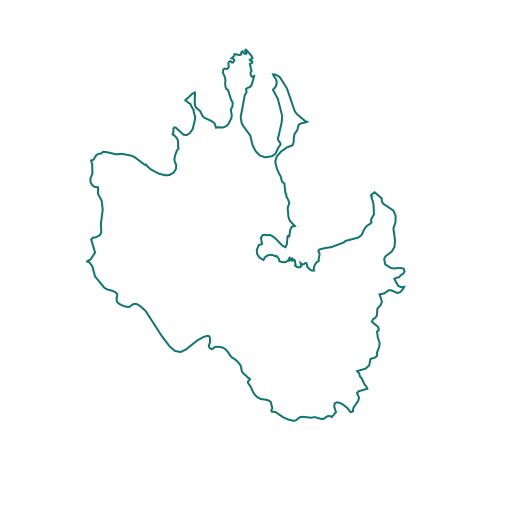 Kentriki Makedonia, Robinson projection, rotated 229°
{"feature_id": "GRC-2991", "entity_name": "Kentriki Makedonia", "entity_type": "Region", "adm_level": 1, "iso_a3": "GRC", "parent_name": "Greece", "parent_adm1": "", "projection": "robinson", "projection_center": [23.042, 40.656], "detail": "fine", "context": "isolated", "style": "outline", "palette": "teal", "viewbox_px": 512, "rotation_deg": 229, "n_neighbors": 0, "source": "natural_earth", "source_scale": "10m", "svg_char_len": 6111}
<svg xmlns="http://www.w3.org/2000/svg" viewBox="0 0 512 512"><g transform="rotate(229 256 256)"><path d="M244.1,131.5L257.6,132.4L287.0,136.6L293.3,135.9L296.6,135.0L298.2,134.2L299.6,132.9L300.3,131.1L300.6,127.8L301.1,126.4L303.2,124.5L306.5,122.6L310.0,121.2L312.7,121.1L315.4,122.8L316.8,124.9L318.4,126.3L321.5,126.0L324.2,124.6L328.7,121.6L331.5,120.7L346.1,121.1L355.9,125.8L360.9,126.0L362.7,124.9L362.8,125.2L361.9,129.0L364.2,136.8L376.7,142.5L376.8,145.0L375.2,147.2L374.2,152.0L375.3,154.7L382.4,160.4L391.3,170.5L399.0,175.8L406.8,177.6L411.4,181.9L414.2,179.4L417.0,178.9L419.7,179.3L422.6,181.3L425.8,186.9L432.8,192.6L436.3,194.2L435.3,196.5L436.9,201.8L436.4,204.2L434.9,206.5L434.9,209.0L432.8,211.1L424.4,217.2L421.3,221.6L413.5,227.8L410.4,229.2L397.7,231.9L397.2,233.0L395.4,232.8L390.5,233.4L382.3,236.5L379.0,238.6L375.8,241.1L373.8,244.1L373.0,248.8L374.3,252.8L377.0,255.5L380.4,256.5L382.6,257.9L385.1,261.1L387.3,265.1L388.2,268.4L389.1,268.6L394.3,272.8L396.2,273.4L398.6,273.6L400.9,273.4L402.5,272.8L403.5,274.7L406.4,277.3L406.5,279.0L405.3,279.7L395.0,280.9L392.7,283.1L392.2,286.6L393.3,291.4L399.5,300.1L401.0,301.4L405.8,303.6L406.6,304.5L412.3,305.7L413.9,306.3L415.6,305.6L419.6,305.0L419.8,304.8L420.1,305.3L420.0,309.9L420.2,312.9L420.0,315.4L419.6,317.1L418.4,316.4L412.9,311.1L409.8,308.9L407.7,308.1L402.1,308.9L396.6,307.5L394.4,307.6L386.7,311.1L383.4,311.8L379.0,310.0L378.6,311.0L377.6,312.6L377.0,312.5L374.4,315.9L373.5,319.0L373.8,322.0L376.2,327.8L377.0,328.8L378.1,330.0L383.1,333.1L384.2,336.1L386.3,338.4L388.4,339.6L389.4,339.3L399.6,343.8L401.5,343.2L404.0,344.1L406.5,345.9L408.4,348.0L410.6,349.5L416.5,351.5L418.2,353.7L418.0,355.2L416.1,357.0L416.1,358.7L417.0,359.8L419.7,361.6L420.2,363.0L419.8,364.6L418.7,364.8L417.7,364.8L417.2,365.5L417.6,367.6L418.5,368.4L419.9,368.2L421.3,367.3L421.3,369.2L421.4,370.4L421.7,371.4L422.4,372.3L418.4,375.5L417.8,377.1L419.4,378.6L419.4,379.9L416.5,380.0L415.1,381.1L415.5,382.2L418.3,382.4L418.3,383.8L410.6,384.0L407.6,383.2L408.0,381.1L408.0,379.9L406.9,379.9L405.8,380.8L404.7,380.5L404.3,379.3L405.0,377.4L399.7,374.5L398.7,374.2L398.0,372.2L396.3,370.9L394.3,370.4L393.2,371.3L393.1,372.1L393.6,373.6L388.1,365.1L387.4,363.0L388.3,360.0L388.6,358.2L387.9,357.4L386.3,356.8L385.4,355.3L384.9,353.6L384.2,352.3L370.9,335.6L365.8,332.4L363.0,331.7L350.6,330.7L342.2,326.2L335.4,324.5L329.4,324.8L324.4,327.7L320.7,333.8L320.4,337.4L321.5,340.4L323.0,343.4L323.8,346.8L324.3,347.9L325.4,348.4L328.4,348.7L329.8,349.1L330.7,350.0L332.1,352.3L340.1,363.1L344.5,367.6L360.1,375.5L370.2,377.8L370.6,378.9L370.6,380.5L371.1,382.4L372.5,384.6L374.3,386.2L376.6,387.1L379.8,387.4L381.9,388.0L380.7,389.3L377.9,390.6L375.2,391.3L362.2,389.3L340.4,380.4L336.7,379.9L325.6,381.6L323.9,382.4L324.7,380.4L326.6,376.9L327.0,374.8L326.5,373.3L324.3,370.4L323.8,369.3L322.7,364.9L320.0,361.7L317.2,359.1L315.6,356.3L317.7,350.4L318.4,343.4L317.5,337.0L314.6,332.4L308.5,329.2L305.3,328.1L299.7,326.8L297.1,325.4L294.7,324.4L292.1,325.0L284.4,319.6L282.8,319.4L281.3,318.1L277.8,317.3L274.2,316.0L271.5,311.4L264.5,306.3L261.6,305.0L259.1,304.6L253.2,305.0L254.6,302.2L253.4,299.2L249.0,293.9L249.5,293.7L249.9,293.7L250.1,293.5L250.1,292.7L244.6,286.9L243.3,284.0L246.5,282.7L256.1,282.2L261.2,281.2L263.4,279.6L264.4,278.0L266.2,276.6L267.4,274.8L266.4,271.5L262.8,269.4L261.9,269.0L261.2,268.5L261.5,267.2L262.4,265.2L260.0,260.5L256.5,258.1L252.5,257.6L248.1,259.0L249.2,262.4L248.8,265.2L247.6,267.4L246.1,269.0L243.7,270.2L242.3,271.1L242.4,271.5L239.4,271.5L238.1,271.1L236.8,270.2L233.9,272.0L232.0,274.3L231.5,277.0L232.6,280.2L231.7,280.2L230.6,279.0L230.6,281.6L229.7,281.6L229.7,280.2L228.6,280.2L227.9,282.4L226.7,282.2L225.2,281.1L223.5,280.2L223.4,279.3L221.2,279.5L218.8,281.3L218.6,283.5L221.4,285.0L220.0,285.2L219.1,285.6L218.5,286.6L218.4,288.3L217.7,289.3L216.4,289.0L214.2,287.6L210.6,287.8L208.7,288.4L207.0,290.1L209.2,291.9L210.7,294.5L211.5,297.4L211.1,300.1L212.9,301.6L214.4,303.7L216.1,305.5L218.9,306.3L219.3,308.2L217.2,312.4L213.2,318.8L208.6,331.3L208.7,333.4L202.9,345.0L202.5,349.1L203.7,352.1L205.2,355.2L206.0,359.3L205.4,363.5L205.7,365.4L207.5,366.2L208.2,367.1L210.0,372.3L217.8,378.5L219.2,379.2L220.0,379.9L223.6,381.1L224.4,381.7L224.7,382.4L226.1,382.3L226.5,383.1L226.3,386.4L226.4,387.2L224.9,387.5L217.0,388.7L214.7,386.8L212.1,386.3L200.1,389.5L194.5,387.6L189.9,383.3L186.7,377.8L176.6,371.2L172.0,366.5L170.3,361.3L170.8,353.4L169.6,350.7L164.8,348.0L158.4,350.0L155.9,352.1L152.8,356.6L149.7,359.1L147.1,358.2L146.0,355.5L146.6,352.6L146.0,350.1L147.5,347.8L147.9,345.4L140.1,343.7L137.1,345.2L135.6,347.5L134.5,344.8L134.1,341.3L135.2,338.4L141.1,335.8L143.1,333.7L143.6,328.3L146.0,324.1L139.0,321.1L137.3,318.3L136.7,313.2L131.7,308.0L131.1,305.4L131.5,303.0L130.4,300.3L122.1,301.6L119.6,300.2L119.5,297.7L114.7,294.5L109.2,292.2L106.9,289.8L103.7,283.9L101.3,282.0L101.2,279.5L103.2,274.8L99.2,269.7L99.1,264.7L102.8,256.8L99.5,256.8L97.0,255.4L94.3,255.5L88.1,253.6L85.4,253.7L82.8,252.9L86.5,244.9L86.4,242.4L81.3,240.7L79.6,237.9L77.4,229.6L75.1,227.3L76.1,224.9L81.5,225.2L87.1,224.1L90.0,223.0L92.6,220.9L93.1,218.5L90.8,216.1L85.7,213.9L84.8,207.5L86.0,207.3L87.9,205.5L88.5,203.4L88.5,201.5L88.8,200.0L90.3,198.3L95.9,194.6L98.0,191.2L103.3,186.5L105.4,183.7L105.6,182.3L105.8,178.7L106.4,176.9L107.6,175.7L111.4,173.1L116.0,170.8L125.5,168.3L126.2,167.8L127.7,166.2L128.3,165.8L129.4,166.2L129.9,167.1L130.1,168.0L130.5,168.5L135.4,171.0L136.5,171.4L139.6,170.3L145.0,165.8L148.4,164.4L151.8,164.1L154.7,164.4L160.3,166.1L164.8,166.6L166.2,167.0L166.6,167.7L166.8,170.1L167.1,170.7L168.0,170.8L169.3,170.1L172.1,170.0L175.8,169.4L177.7,169.5L179.1,170.1L182.2,172.0L183.9,172.6L188.3,172.8L190.7,172.5L192.8,172.0L195.6,171.2L198.0,171.2L202.8,171.9L206.1,171.7L208.9,170.7L211.5,168.7L214.1,165.7L214.4,164.2L214.3,162.6L214.8,161.3L217.0,160.7L218.8,161.1L219.6,162.1L220.3,163.5L221.4,165.0L224.1,167.2L226.0,168.1L227.6,167.0L229.3,163.3L230.8,156.3L231.4,141.9L233.0,136.1L237.4,132.6L244.1,131.5Z" fill="none" stroke="#0f766e" stroke-width="2"/></g></svg>